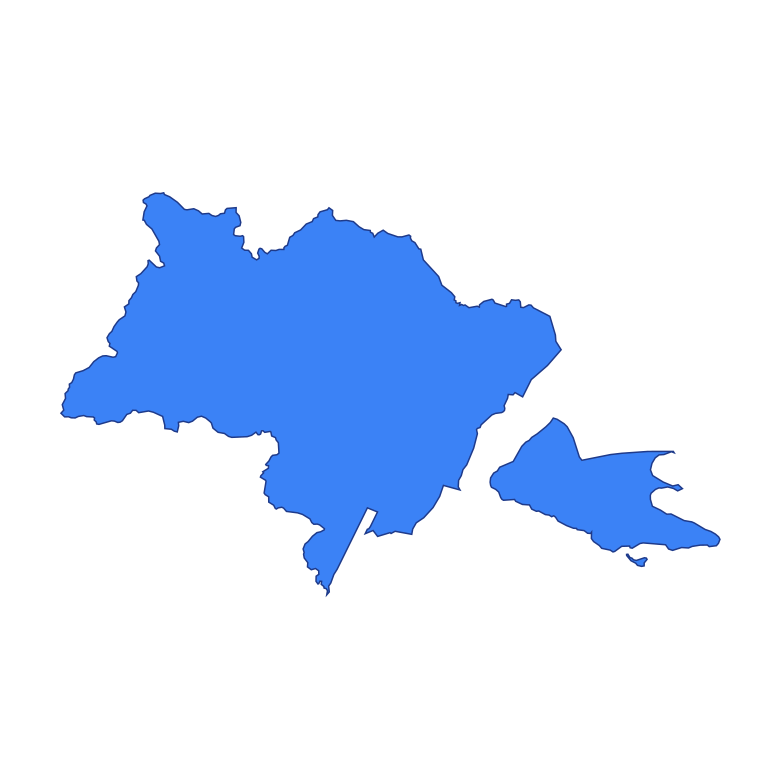 Erakor, Shefa, Vanuatu, rotated 266°
{"feature_id": "77236927B27814537301823", "entity_name": "Erakor", "entity_type": "district", "adm_level": 2, "iso_a3": "VUT", "parent_name": "Vanuatu", "parent_adm1": "Shefa", "projection": "robinson", "projection_center": [168.36, -17.71], "detail": "fine", "context": "isolated", "style": "filled", "palette": "blue", "viewbox_px": 768, "rotation_deg": 266, "n_neighbors": 0, "source": "geoboundaries", "source_scale": "gbopen_adm2", "svg_char_len": 6132}
<svg xmlns="http://www.w3.org/2000/svg" viewBox="0 0 768 768"><g transform="rotate(266 384 384)"><path d="M177.7,312.2L180.4,314.9L186.3,314.7L189.1,317.0L197.5,320.7L202.4,324.3L261.6,358.8L256.8,368.6L242.8,360.5L240.7,358.8L240.2,357.2L236.0,354.8L238.6,362.9L232.4,367.0L235.3,379.7L234.4,380.6L236.3,384.8L232.1,401.2L237.3,402.5L243.3,406.5L247.8,414.3L257.3,424.3L268.0,431.7L278.7,436.2L273.0,452.4L276.2,450.9L282.7,451.7L287.2,454.7L293.1,456.8L297.6,460.9L313.8,469.0L327.9,473.7L332.1,473.1L333.2,474.1L333.9,476.8L336.5,478.0L345.6,489.4L346.9,493.1L347.3,499.4L348.2,501.3L349.4,502.4L351.3,502.8L354.0,502.3L361.2,506.3L364.9,507.2L364.2,512.0L366.3,514.1L361.5,521.4L378.1,531.2L391.0,548.3L405.8,563.1L414.6,558.4L420.9,558.4L439.9,554.2L449.5,538.4L452.4,536.2L452.8,534.0L450.5,528.6L451.0,525.8L456.4,525.7L458.5,524.3L458.3,521.0L459.1,517.1L455.7,514.8L455.1,511.8L453.0,511.7L452.7,511.0L457.0,500.3L460.2,498.8L461.0,497.6L459.4,489.3L456.3,484.8L454.1,484.5L455.1,482.4L454.2,474.1L457.2,470.4L456.8,468.8L457.9,467.0L457.1,464.8L459.8,465.5L459.3,463.0L460.1,461.4L462.0,461.5L462.9,459.9L466.1,460.7L470.4,457.6L478.5,448.6L487.4,446.0L505.1,431.9L515.9,430.1L516.4,428.2L522.9,424.7L524.9,421.7L527.8,420.5L529.5,420.9L530.9,419.3L529.5,412.2L529.8,408.1L533.9,398.3L537.5,393.9L534.9,388.4L531.3,384.5L535.1,383.3L536.3,381.1L538.1,381.0L539.4,374.7L542.6,370.1L548.1,364.8L549.9,357.9L549.8,351.5L550.6,347.3L555.8,344.3L560.7,344.9L563.6,341.4L561.8,339.7L560.2,332.2L557.6,330.0L555.3,329.6L553.9,325.3L551.0,323.7L549.0,317.6L543.5,311.6L541.1,305.5L538.5,303.5L536.9,300.2L529.1,297.3L528.3,295.0L526.9,293.7L525.2,293.5L525.6,288.8L524.7,285.5L525.3,280.7L522.0,276.7L523.7,274.2L527.4,271.5L528.0,269.8L527.3,268.7L523.4,267.1L520.2,268.4L518.1,268.1L516.7,265.6L519.7,261.3L523.2,260.8L526.8,258.1L527.2,254.3L529.6,251.5L535.1,254.1L540.8,254.2L541.8,253.3L541.4,250.8L542.3,245.9L543.6,244.4L549.3,245.5L550.7,247.0L552.0,251.4L555.2,252.4L561.9,251.2L565.4,248.4L570.2,248.8L570.1,239.7L568.8,238.0L565.5,236.8L565.2,232.7L563.7,230.6L562.9,227.7L564.1,224.1L566.4,221.2L566.3,214.5L569.7,211.0L572.1,206.5L571.5,199.6L572.1,197.1L579.7,190.6L585.7,183.3L588.3,178.2L590.1,177.6L589.6,174.4L590.3,169.1L588.5,163.7L587.2,162.6L585.5,158.1L584.2,156.5L581.8,156.7L580.2,159.1L578.2,160.0L572.6,156.8L564.4,154.9L564.0,156.3L559.8,158.2L554.8,163.3L542.1,169.4L538.7,169.8L535.6,166.5L532.7,165.3L527.2,169.0L522.0,169.7L520.0,172.7L517.2,173.3L515.6,168.3L516.6,165.1L523.9,158.4L523.5,157.2L520.3,157.2L517.5,155.9L511.0,149.1L508.4,144.4L504.0,144.7L502.1,146.2L499.6,145.9L493.4,142.8L490.8,139.7L487.7,138.1L485.0,135.4L481.7,135.0L479.0,130.4L473.8,131.6L470.0,130.3L466.6,124.4L464.5,122.3L460.1,118.7L455.5,116.2L453.4,113.6L449.5,110.9L445.5,111.9L443.6,113.4L440.9,112.6L435.2,119.9L433.7,120.3L430.0,118.2L429.6,115.6L431.6,108.8L431.6,105.3L430.0,101.2L426.6,96.1L421.1,91.1L418.3,84.8L416.6,77.3L414.8,75.8L410.4,74.5L407.2,72.6L405.8,70.1L402.7,70.1L400.9,68.6L399.4,68.4L396.7,65.2L391.8,65.3L385.8,61.6L380.3,62.7L377.4,59.7L373.5,63.1L373.3,67.1L372.1,69.6L371.7,73.6L373.0,77.0L373.5,82.3L372.2,85.1L371.4,91.6L370.3,92.9L368.3,92.4L366.2,94.3L364.2,94.6L363.6,96.8L366.3,109.5L365.8,112.5L364.2,115.7L364.3,118.1L365.6,120.5L371.6,125.3L372.6,129.0L375.3,131.4L375.0,134.9L372.5,137.3L373.5,147.2L371.9,152.0L367.1,160.9L358.3,162.4L354.8,162.3L353.7,168.7L351.6,171.5L350.6,174.4L356.7,176.3L360.1,176.2L360.8,181.2L359.1,186.5L360.3,190.4L363.9,195.5L364.6,199.7L362.5,203.8L358.5,208.0L357.1,209.1L351.9,210.3L347.4,215.1L345.8,221.4L342.6,225.2L341.4,228.4L341.0,243.9L342.1,248.4L344.9,252.9L342.2,254.8L342.1,256.2L342.7,257.4L345.8,258.6L345.8,260.1L344.1,261.6L344.6,267.1L344.0,267.8L340.0,268.3L338.1,272.0L335.7,272.5L332.8,274.5L322.4,274.4L320.9,272.3L320.6,267.9L319.1,266.2L315.2,263.8L312.0,260.4L311.0,260.9L310.6,263.1L308.0,262.8L304.9,256.9L303.7,257.7L301.1,254.8L299.7,254.2L296.2,259.2L295.0,259.5L283.6,256.8L281.9,257.8L279.5,261.1L274.2,260.8L270.8,265.5L267.4,266.9L266.8,267.9L267.8,269.8L268.2,273.4L267.2,275.2L263.7,277.8L261.5,288.8L259.6,293.6L254.6,300.7L250.8,302.3L249.0,304.2L248.9,307.7L248.0,309.9L243.8,314.5L242.7,314.2L241.0,310.5L240.4,306.7L237.1,302.0L232.1,297.3L229.9,294.1L225.1,291.8L221.5,292.6L219.9,291.9L216.0,292.3L211.1,295.5L206.9,294.9L203.8,298.5L204.7,302.8L202.3,305.8L198.7,305.7L197.0,302.9L191.9,302.4L189.1,304.2L189.4,305.0L191.8,306.3L191.5,308.0L188.5,307.4L186.3,309.8L184.6,310.0L183.9,312.1L181.7,313.2L177.7,312.2ZM296.6,667.9L298.3,642.5L298.3,616.5L297.8,605.1L294.1,576.1L297.5,573.8L317.2,569.0L328.5,563.8L331.8,560.9L336.7,554.3L338.2,550.5L334.0,547.2L330.0,542.5L323.6,533.4L320.4,527.6L317.6,524.9L316.1,521.4L312.2,517.1L297.7,507.5L292.9,493.6L289.3,491.0L287.5,487.2L282.9,483.8L278.7,483.0L275.4,483.3L273.5,484.0L271.1,488.1L268.2,490.9L262.6,492.5L260.7,493.6L259.7,495.1L259.7,506.2L257.8,507.2L254.2,513.7L253.2,520.7L248.9,522.6L246.4,527.1L246.5,529.5L242.5,535.8L241.7,539.6L239.9,542.0L240.7,544.1L239.2,545.8L235.1,548.1L230.0,556.3L226.9,562.9L226.5,566.0L225.2,566.6L223.8,573.4L220.9,576.7L220.5,579.7L221.7,580.7L215.4,580.1L212.2,582.1L207.8,587.6L204.9,589.7L202.5,598.1L200.5,600.7L200.9,602.5L205.5,609.8L205.2,617.7L203.5,618.1L202.9,620.2L207.0,628.2L207.4,631.4L204.0,653.7L199.5,656.4L197.9,660.3L200.1,669.4L199.2,676.4L200.5,680.1L201.2,688.1L200.8,695.3L199.1,697.1L199.5,704.3L201.7,706.5L205.6,708.3L208.2,707.1L211.2,704.1L214.1,699.8L216.5,694.2L223.7,683.9L225.0,681.4L226.8,673.9L234.3,661.3L234.4,657.0L238.9,651.0L243.3,643.2L250.3,641.7L254.3,641.9L256.4,642.8L259.9,647.4L261.2,651.0L260.8,653.6L261.5,659.9L259.6,665.5L256.9,669.5L258.8,674.4L263.0,670.4L262.1,664.9L266.7,655.7L273.9,645.6L279.8,643.8L286.2,645.8L291.4,649.4L294.1,653.5L294.1,658.3L296.4,666.0L295.2,668.6L296.6,667.9ZM185.4,624.2L184.1,628.2L184.4,630.8L187.4,631.1L190.7,634.2L192.0,633.6L192.5,631.7L190.4,623.4L191.2,620.7L193.0,619.2L193.7,617.3L197.2,615.4L197.1,614.1L196.0,614.1L190.5,618.0L187.7,622.6L185.4,624.2Z" fill="#3b82f6" stroke="#1e3a8a" stroke-width="1.5"/></g></svg>